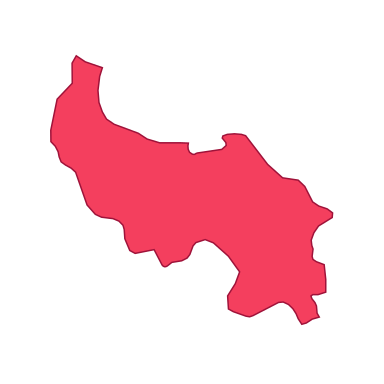 outline of Como, rotated 281°
{"feature_id": "ITA-5452", "entity_name": "Como", "entity_type": "Province", "adm_level": 1, "iso_a3": "ITA", "parent_name": "Italy", "parent_adm1": "", "projection": "robinson", "projection_center": [9.13, 45.942], "detail": "fine", "context": "isolated", "style": "filled", "palette": "rose", "viewbox_px": 384, "rotation_deg": 281, "n_neighbors": 0, "source": "natural_earth", "source_scale": "10m", "svg_char_len": 1525}
<svg xmlns="http://www.w3.org/2000/svg" viewBox="0 0 384 384"><g transform="rotate(281 192 192)"><path d="M84.1,250.1L96.8,246.8L110.3,252.0L122.7,254.0L135.9,240.0L146.2,222.7L147.8,214.0L143.1,205.5L139.3,203.3L130.2,201.8L126.2,199.8L122.5,195.0L119.1,185.7L114.6,181.8L113.7,180.5L113.4,179.2L113.7,177.9L114.6,176.6L128.2,165.8L120.9,147.9L122.7,142.1L133.3,135.0L142.3,132.6L146.2,130.6L149.5,125.8L150.8,119.5L150.0,108.0L151.6,101.4L159.2,91.5L189.2,74.0L189.4,73.7L192.4,68.7L194.3,62.8L196.6,57.8L201.1,54.9L206.0,52.9L210.8,49.1L214.5,43.9L225.7,41.6L257.4,41.9L275.9,53.7L295.6,49.7L303.6,52.4L299.4,62.4L296.9,80.3L287.9,79.3L278.2,80.0L273.8,80.3L262.1,83.6L253.5,88.7L247.2,94.2L243.6,102.7L239.4,128.1L235.4,137.9L234.1,150.9L238.1,171.5L239.3,179.1L236.5,179.2L233.2,180.1L230.5,182.0L229.2,185.2L229.3,186.9L229.8,187.8L230.6,188.6L231.3,189.8L239.5,213.1L244.2,216.7L247.0,215.8L250.7,211.4L252.9,211.6L255.3,215.6L257.2,222.5L258.0,229.5L257.5,233.9L233.5,261.0L223.2,278.2L223.9,294.0L218.9,301.7L205.3,312.3L202.4,319.1L201.2,328.0L198.3,334.0L193.7,334.5L182.8,322.7L175.2,319.4L167.5,318.2L162.4,319.8L159.1,321.7L151.7,322.2L148.9,323.6L147.3,327.4L145.9,335.6L131.6,340.0L119.2,342.4L115.3,335.3L114.3,330.1L112.6,328.6L110.1,330.1L106.9,333.8L103.9,335.9L96.9,337.9L93.5,340.8L90.1,334.2L85.2,329.2L83.1,325.0L87.9,320.4L92.4,317.4L96.7,313.3L100.0,308.2L101.4,302.5L100.1,298.0L82.3,275.5L80.5,272.4L80.4,268.8L82.4,255.4L84.1,250.1Z" fill="#f43f5e" stroke="#9f1239" stroke-width="1.5"/></g></svg>